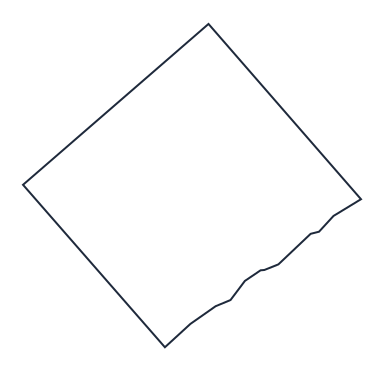 outline of Phelps, Nebraska, United States of America, rotated 139°
{"feature_id": "52423323B18831835736879", "entity_name": "Phelps", "entity_type": "district", "adm_level": 2, "iso_a3": "USA", "parent_name": "United States of America", "parent_adm1": "Nebraska", "projection": "orthographic", "projection_center": [-99.415, 40.518], "detail": "fine", "context": "isolated", "style": "outline", "palette": "slate", "viewbox_px": 384, "rotation_deg": 139, "n_neighbors": 0, "source": "geoboundaries", "source_scale": "gbopen_adm2", "svg_char_len": 342}
<svg xmlns="http://www.w3.org/2000/svg" viewBox="0 0 384 384"><g transform="rotate(139 192 192)"><path d="M314.3,92.6L279.7,93.5L249.1,90.3L233.8,85.2L210.4,90.2L191.6,87.9L188.6,85.7L174.3,80.7L129.9,82.6L122.2,78.7L100.9,81.1L69.2,75.7L69.3,308.0L75.5,308.0L314.8,308.3L314.3,92.6Z" fill="none" stroke="#1e293b" stroke-width="2"/></g></svg>